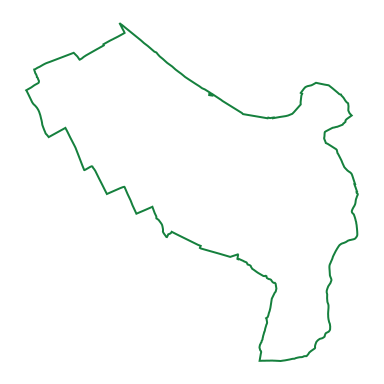 Muntenii De Sus, Vaslui, Romania (Albers equal-area conic projection)
{"feature_id": "2599482B76397304697480", "entity_name": "Muntenii De Sus", "entity_type": "district", "adm_level": 2, "iso_a3": "ROU", "parent_name": "Romania", "parent_adm1": "Vaslui", "projection": "albers", "projection_center": [27.767, 46.691], "detail": "fine", "context": "isolated", "style": "outline", "palette": "green", "viewbox_px": 384, "rotation_deg": 0, "n_neighbors": 0, "source": "geoboundaries", "source_scale": "gbopen_adm2", "svg_char_len": 5936}
<svg xmlns="http://www.w3.org/2000/svg" viewBox="0 0 384 384"><path d="M306.5,356.1L306.9,355.8L307.8,354.7L308.4,354.0L309.2,352.6L311.1,351.0L314.8,348.4L315.1,347.7L315.0,346.4L315.2,345.2L315.8,343.4L316.4,341.9L317.8,340.3L319.7,338.9L321.2,338.5L322.0,338.3L323.0,337.8L323.9,337.2L324.6,336.6L324.8,335.5L325.2,334.5L325.5,333.6L326.1,333.0L327.9,332.1L328.8,331.6L329.1,331.2L329.8,330.2L330.1,329.3L330.2,326.6L329.9,324.3L329.8,323.8L329.1,322.0L328.5,319.3L328.2,316.9L328.2,315.7L328.1,313.9L328.2,311.8L328.5,307.9L328.5,306.4L328.5,305.5L328.3,304.4L328.1,303.8L327.7,302.8L327.4,301.9L327.1,298.3L327.2,294.4L326.7,292.4L326.7,291.4L326.8,290.4L327.4,288.5L328.2,286.4L328.7,285.6L330.4,283.1L330.9,281.7L331.3,280.7L331.4,280.4L331.4,279.6L331.2,278.8L330.2,276.3L329.9,275.3L329.8,273.3L329.7,271.7L329.6,270.1L329.5,269.1L329.4,267.0L329.5,265.7L329.7,264.8L330.0,264.0L330.5,263.0L331.0,261.7L332.0,259.5L332.4,258.5L332.9,256.8L333.5,255.5L334.1,254.3L335.6,251.3L337.1,248.7L338.7,246.2L339.7,244.9L340.3,244.6L341.0,244.0L342.0,243.5L343.9,242.9L345.8,242.1L348.3,240.5L348.9,240.4L349.5,240.1L350.3,240.0L353.8,239.2L354.8,238.8L355.4,238.3L356.5,236.9L357.1,235.8L357.3,234.9L357.3,233.7L357.2,231.4L357.0,228.9L356.8,227.1L356.6,225.0L356.2,223.0L356.2,222.5L356.2,222.3L355.6,220.3L355.5,219.7L355.2,218.6L354.8,217.2L354.5,216.4L354.1,215.2L353.8,214.4L352.9,213.5L352.5,213.1L352.2,212.7L351.9,212.1L351.8,211.1L352.3,209.6L353.2,207.8L354.4,205.8L355.1,204.3L355.4,203.1L355.5,202.5L355.8,200.1L356.0,199.2L356.5,197.9L357.0,196.3L357.6,195.1L357.7,194.8L357.8,194.3L357.7,193.9L356.8,193.1L356.5,192.0L357.1,191.7L356.8,191.0L355.6,187.5L354.4,184.2L355.1,184.1L354.7,183.0L352.3,175.6L351.7,174.1L351.2,173.4L350.8,173.0L350.3,172.5L349.7,172.1L348.9,171.6L347.3,170.4L346.7,169.7L345.6,168.6L344.3,167.1L343.9,166.2L342.7,163.6L342.2,162.4L341.5,160.6L340.1,157.8L338.2,154.1L337.5,153.1L337.2,151.7L336.7,149.8L336.1,149.2L331.1,146.0L327.6,143.8L325.8,143.0L325.6,142.2L325.3,141.5L325.0,140.6L324.5,139.6L324.3,138.8L324.1,138.1L324.3,137.4L324.4,136.6L324.5,135.9L324.5,135.2L324.6,133.6L324.7,132.6L324.9,132.0L325.7,131.4L328.9,129.7L331.8,128.2L332.9,127.7L333.8,127.6L334.6,127.4L336.4,126.9L336.9,126.9L337.5,126.7L342.6,124.7L343.4,123.5L344.0,123.2L344.4,122.7L345.4,121.9L345.6,120.3L346.1,119.7L346.8,119.0L351.7,115.5L351.5,115.3L350.9,114.7L349.6,113.3L348.6,111.2L348.3,110.3L348.5,106.3L348.1,103.3L346.7,102.3L345.3,100.6L343.7,98.0L342.7,96.8L341.3,95.4L341.1,94.6L340.6,94.5L339.4,94.2L337.5,92.5L332.5,88.3L328.7,85.3L324.6,84.6L319.7,83.6L316.0,82.8L313.2,84.4L311.4,85.3L307.4,86.2L305.4,87.1L304.0,88.6L300.8,92.9L302.2,93.8L301.4,95.4L300.6,102.2L300.7,104.5L293.9,112.2L292.3,113.8L288.1,115.5L285.7,116.1L279.8,117.0L273.6,118.1L273.7,117.9L273.7,117.5L270.1,118.1L268.2,117.6L267.7,118.3L258.3,116.7L243.0,114.1L241.9,113.0L230.3,105.8L222.4,100.9L221.3,100.0L212.8,94.4L212.5,95.6L209.2,95.1L209.3,93.8L211.7,93.8L210.1,92.7L204.8,89.4L202.2,88.3L200.5,87.1L199.6,86.4L195.8,84.0L188.6,79.3L185.0,76.9L183.6,75.7L181.3,73.8L178.4,71.7L175.5,69.5L172.2,66.5L167.2,62.9L165.3,61.2L162.9,59.0L159.7,56.4L157.8,54.3L156.4,52.5L154.4,51.7L147.7,45.9L144.0,43.1L141.0,40.4L125.2,27.6L122.3,25.2L120.0,23.6L119.4,23.0L120.2,24.3L121.2,26.2L122.3,28.4L123.9,31.3L124.6,32.9L123.8,33.4L118.0,36.6L109.9,40.7L103.4,44.3L103.8,45.4L97.5,48.9L89.2,53.6L86.2,55.3L83.6,57.0L81.8,58.5L79.7,59.7L79.3,59.4L79.1,59.0L77.8,57.1L77.4,56.5L73.7,52.8L49.8,61.9L46.7,63.0L45.3,63.6L43.2,64.7L39.6,66.8L37.4,67.8L36.2,68.6L34.9,69.3L34.2,69.5L34.5,70.8L34.9,71.7L35.2,72.9L35.6,73.7L36.1,74.3L36.5,75.4L36.9,76.4L36.9,77.2L37.5,77.6L37.8,78.1L38.0,78.9L39.0,81.1L38.9,81.6L38.8,82.4L38.4,83.0L34.4,85.2L31.3,87.4L26.2,90.3L26.7,91.0L28.4,94.4L32.2,102.3L33.3,103.9L34.3,104.9L35.1,105.6L36.9,107.7L38.2,109.8L39.1,111.7L40.3,115.3L41.1,118.7L41.5,120.1L42.0,122.6L42.3,124.8L43.2,127.3L44.3,130.2L45.1,132.0L45.5,133.2L46.1,134.1L46.7,134.6L48.1,136.3L48.7,137.1L65.4,127.9L67.3,131.5L70.2,137.4L74.4,145.5L75.5,147.7L78.8,156.2L82.4,165.6L84.2,170.0L84.5,170.1L85.9,169.4L90.2,166.9L91.6,166.3L92.4,166.5L93.0,167.7L94.2,169.2L95.3,170.9L99.1,178.6L101.8,183.9L105.1,190.5L106.9,194.0L120.1,188.2L122.7,187.2L124.2,186.8L124.6,187.1L127.6,194.1L130.6,200.4L132.5,205.3L136.4,213.7L144.4,210.3L152.4,206.8L152.5,207.1L154.7,213.1L156.3,216.4L156.4,218.4L157.1,218.8L158.6,219.9L160.4,222.3L161.4,223.7L162.1,225.0L162.5,226.6L163.0,229.3L163.0,231.0L162.9,231.4L163.2,232.4L164.3,234.1L165.2,235.3L166.4,237.0L166.9,237.1L167.1,236.8L168.3,234.3L168.9,234.1L170.3,233.5L171.2,232.7L171.7,231.8L177.0,234.5L197.9,244.8L200.7,245.9L199.9,247.9L200.9,248.5L219.7,253.8L230.2,256.9L237.8,254.4L238.1,254.9L237.4,258.9L238.4,259.4L239.0,259.0L243.7,261.1L244.3,261.6L245.1,261.8L246.5,262.4L247.4,263.9L247.6,264.5L248.7,264.8L250.1,265.4L250.7,265.9L251.1,267.0L252.4,269.0L253.2,269.4L256.9,272.1L258.1,272.9L260.3,274.2L263.4,276.0L264.7,276.1L265.1,275.9L265.8,275.8L266.5,276.3L266.5,277.0L266.9,278.0L267.7,278.5L268.9,279.1L269.8,279.2L271.0,279.8L271.7,280.9L272.7,282.2L273.5,282.7L274.0,282.9L274.8,282.8L275.6,283.7L276.4,288.6L275.7,291.6L274.7,292.8L271.8,298.7L270.4,307.8L269.6,311.1L268.9,313.0L268.3,315.5L267.6,317.2L266.1,318.2L266.7,319.1L266.6,319.8L266.8,320.4L267.1,322.5L266.9,323.7L266.4,324.6L266.1,325.7L265.2,328.7L264.9,330.4L264.4,332.0L264.2,332.1L263.8,333.8L263.1,336.1L263.0,336.9L262.8,337.7L262.6,338.2L262.6,339.0L262.3,339.9L261.9,340.6L261.7,340.9L261.6,341.5L261.4,342.3L260.9,342.9L260.5,343.9L260.0,344.8L259.6,346.6L259.5,347.7L260.3,350.4L260.9,351.0L261.2,352.0L260.8,353.8L259.6,360.8L265.6,360.7L272.3,360.6L276.9,360.8L280.6,361.0L283.1,360.6L284.8,360.4L289.6,359.5L292.6,358.8L294.5,358.7L295.8,358.1L298.2,357.5L299.9,357.2L301.9,357.1L302.9,356.8L303.9,356.3L305.1,356.1L306.0,356.1L306.5,356.1Z" fill="none" stroke="#15803d" stroke-width="2"/></svg>